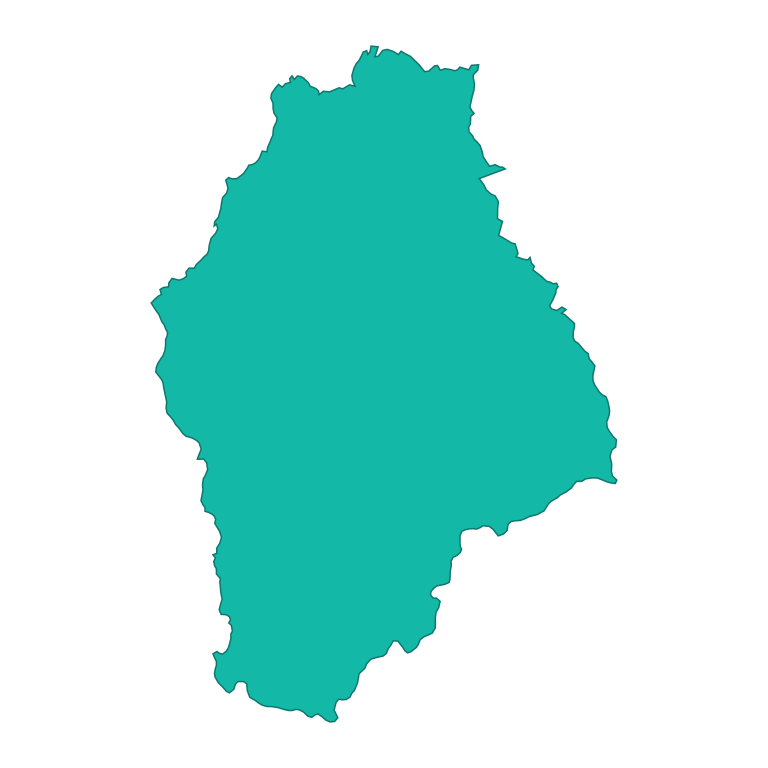 Campinaçu, Goiás, Brazil (Robinson projection)
{"feature_id": "56859067B82037437872279", "entity_name": "Campinaçu", "entity_type": "district", "adm_level": 2, "iso_a3": "BRA", "parent_name": "Brazil", "parent_adm1": "Goiás", "projection": "robinson", "projection_center": [-48.57, -13.889], "detail": "fine", "context": "isolated", "style": "filled", "palette": "teal", "viewbox_px": 768, "rotation_deg": 0, "n_neighbors": 0, "source": "geoboundaries", "source_scale": "gbopen_adm2", "svg_char_len": 5393}
<svg xmlns="http://www.w3.org/2000/svg" viewBox="0 0 768 768"><path d="M588.1,353.5L585.1,351.5L578.3,343.5L574.7,341.0L573.1,337.6L573.3,331.5L574.4,327.4L574.5,323.5L564.7,314.6L561.5,313.4L566.1,309.6L561.9,307.1L556.8,310.5L551.6,308.9L549.6,305.9L553.1,299.3L555.8,293.0L556.0,289.7L558.1,286.8L556.6,283.2L553.1,283.8L549.9,282.0L546.9,281.5L540.2,275.4L537.4,273.3L532.9,269.9L534.3,266.3L531.5,263.2L530.0,257.4L527.9,259.9L523.4,259.2L516.1,256.7L518.0,253.3L515.1,243.8L511.8,243.1L504.2,238.5L498.6,235.4L502.5,221.4L497.5,218.7L497.6,213.9L497.6,209.4L498.4,201.7L495.1,195.9L490.7,193.9L486.3,189.8L483.8,184.8L481.8,182.0L479.2,178.6L505.2,168.9L502.6,167.2L499.6,167.0L495.1,164.7L489.7,166.3L487.0,162.7L483.1,156.6L482.4,152.3L480.1,145.6L476.9,141.8L474.1,139.2L472.8,136.1L469.0,131.8L468.7,126.8L470.4,124.0L470.7,116.3L474.1,113.5L471.8,110.6L469.9,107.1L472.2,96.4L473.9,90.3L474.5,84.4L473.4,78.3L473.2,75.0L477.8,70.0L478.6,64.8L471.5,65.3L468.8,69.8L459.8,67.1L457.8,69.6L455.1,70.8L449.8,69.4L444.8,68.7L440.3,70.3L437.5,65.5L434.5,65.9L428.7,71.2L424.6,71.6L418.9,64.6L410.5,56.4L404.8,53.5L401.1,51.2L398.4,54.6L393.2,51.4L387.2,49.4L382.8,50.4L378.2,56.2L374.9,56.8L376.8,51.1L378.1,46.8L371.1,46.1L370.1,51.4L367.8,54.6L366.7,50.7L363.3,52.0L359.4,60.0L356.1,63.9L353.9,68.4L351.9,75.5L352.5,80.3L355.0,86.3L349.6,84.8L342.8,88.8L339.0,87.8L333.3,90.3L329.4,91.9L323.4,91.2L319.1,94.6L318.5,91.0L315.8,88.5L310.2,86.2L308.2,82.4L305.7,80.3L303.5,78.0L300.6,76.5L297.4,76.0L294.3,79.4L292.0,75.8L289.7,78.7L290.5,82.4L285.5,83.7L282.2,87.1L278.5,84.4L275.2,88.2L271.5,93.7L270.9,98.1L273.0,103.3L273.1,108.7L274.1,113.3L277.1,117.9L276.5,121.7L273.6,127.6L273.1,132.0L272.9,135.2L271.5,138.1L269.9,142.3L267.6,147.4L266.9,151.8L262.2,151.1L259.9,157.0L258.3,160.0L255.7,162.7L252.0,164.7L248.8,165.2L247.3,168.2L243.6,173.4L241.2,175.4L236.9,178.6L232.0,178.9L228.6,177.5L225.7,180.2L227.2,185.0L228.0,188.5L226.5,193.2L222.6,197.6L221.3,204.4L220.9,208.2L218.4,217.3L214.7,221.7L214.2,226.0L216.5,224.2L217.8,228.8L215.6,233.3L211.1,238.3L209.3,244.9L208.6,250.9L207.3,254.0L204.1,256.7L201.2,259.9L196.4,264.5L194.3,268.2L189.1,268.1L185.9,272.2L186.7,276.1L183.4,278.6L179.1,280.2L172.1,278.4L168.9,282.7L168.5,286.8L163.4,287.5L160.0,289.5L161.4,294.5L158.1,296.3L155.2,298.8L151.2,303.0L153.9,307.3L156.9,311.8L158.8,314.3L160.3,318.0L162.0,322.1L164.2,324.8L165.6,328.7L167.5,332.3L167.2,335.8L165.6,339.6L165.6,345.1L164.9,350.6L163.0,355.6L160.4,359.4L158.0,363.1L156.3,367.4L155.8,372.0L161.7,379.7L163.1,383.1L163.6,387.0L165.0,394.0L166.7,401.8L166.1,408.1L167.1,413.2L170.5,416.8L173.3,420.2L175.6,424.5L178.6,427.7L183.0,433.7L186.0,436.2L192.3,438.0L196.6,440.5L199.2,443.0L201.2,449.2L198.9,454.8L197.3,459.2L203.7,459.1L206.7,462.8L207.6,469.6L205.3,475.4L203.3,478.8L202.5,484.9L203.0,489.9L201.0,500.6L202.8,504.5L205.0,507.5L205.0,511.3L208.6,512.4L212.2,514.2L214.4,516.3L215.6,519.3L214.8,523.3L216.5,526.3L219.5,531.1L221.5,537.3L219.8,543.2L216.7,548.2L216.8,553.4L212.9,554.8L215.4,557.9L213.7,561.6L214.7,565.9L216.4,568.9L216.4,573.9L218.5,576.4L220.4,578.7L219.8,581.9L220.4,587.4L220.7,591.5L221.3,595.1L222.2,599.0L220.5,604.5L219.2,609.7L221.1,614.4L226.1,614.7L229.5,616.7L230.5,619.9L228.7,622.9L231.3,625.3L232.4,631.0L230.9,634.0L230.9,638.1L229.7,643.4L228.3,647.9L226.4,651.0L222.7,654.1L219.6,653.4L216.9,651.5L213.0,653.9L214.5,657.5L216.4,661.4L216.4,665.4L215.3,668.9L214.5,673.4L215.1,677.1L218.4,682.8L223.1,687.5L226.3,691.2L229.5,692.8L233.8,689.3L235.5,684.1L237.8,681.6L243.6,681.6L246.7,683.7L247.3,690.7L249.8,697.3L255.3,700.5L258.9,703.2L262.2,705.1L266.4,706.4L271.8,706.6L278.0,707.6L283.9,709.4L288.5,710.5L292.1,710.5L295.9,709.4L299.3,709.8L303.6,712.1L307.9,716.2L311.7,717.3L314.7,715.1L317.8,713.9L321.9,716.6L325.5,719.9L329.9,721.9L334.6,721.5L337.8,717.8L335.8,713.5L334.1,710.1L336.1,702.4L338.8,699.2L341.8,699.8L346.2,699.5L350.2,696.9L351.6,693.5L354.5,690.3L356.3,685.9L357.5,682.9L359.1,673.7L365.0,668.1L366.6,663.9L370.8,659.2L376.7,657.4L383.0,656.1L386.4,653.4L388.1,648.8L390.7,645.4L393.3,640.8L397.9,641.1L402.5,647.0L405.1,651.0L407.6,652.9L411.2,651.6L416.4,647.4L418.4,644.3L420.2,639.7L423.9,636.8L427.3,635.4L432.3,633.1L435.3,627.8L435.4,624.5L435.3,618.5L436.0,612.3L438.7,607.6L440.1,601.4L436.5,598.1L433.3,598.2L430.6,595.0L430.9,591.7L433.9,588.0L437.1,585.8L444.6,584.4L449.2,582.4L450.0,578.9L450.2,571.8L451.3,565.2L451.0,561.3L453.1,557.3L457.1,555.4L459.9,552.9L461.6,549.5L460.3,546.3L460.0,542.7L460.0,535.9L461.8,531.3L465.3,529.7L469.3,528.9L472.6,528.6L476.5,529.1L480.4,527.5L482.9,525.8L489.0,526.3L492.9,529.1L498.2,535.9L503.6,534.0L507.2,530.4L508.0,524.3L511.0,521.6L514.1,520.9L520.5,520.4L525.7,518.4L529.1,516.6L537.4,514.5L544.1,510.8L546.1,507.6L548.7,503.6L550.9,501.5L553.9,499.7L557.7,497.4L560.0,495.2L565.8,492.1L568.2,490.4L571.5,487.9L573.3,485.1L576.5,481.4L581.9,481.3L585.5,478.9L592.0,477.9L597.4,478.0L601.0,479.4L607.1,481.9L610.9,482.9L615.3,483.5L616.8,480.1L612.5,476.0L611.4,471.5L611.7,463.9L610.0,456.2L612.0,449.8L615.7,447.1L616.4,439.8L613.0,436.4L609.2,431.1L607.2,427.5L606.7,421.9L609.0,415.7L609.6,411.4L609.1,407.5L607.8,401.4L605.9,396.6L602.5,395.0L599.5,392.3L596.6,387.9L594.7,384.9L593.1,381.1L592.8,376.3L593.6,372.0L594.9,366.0L592.3,362.4L589.2,358.8L588.1,353.5Z" fill="#14b8a6" stroke="#0f766e" stroke-width="1.5"/></svg>